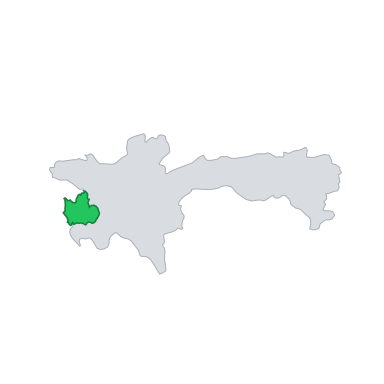 where Louang Namtha sits in Laos, rotated 305°
{"feature_id": "LAO-3272", "entity_name": "Louang Namtha", "entity_type": "Province", "adm_level": 1, "iso_a3": "LAO", "parent_name": "Laos", "parent_adm1": "", "projection": "mercator", "projection_center": [101.159, 20.926], "detail": "fine", "context": "in_parent", "style": "filled", "palette": "green", "viewbox_px": 384, "rotation_deg": 305, "n_neighbors": 0, "source": "natural_earth", "source_scale": "10m", "svg_char_len": 5371}
<svg xmlns="http://www.w3.org/2000/svg" viewBox="0 0 384 384"><g transform="rotate(305 192 192)"><path d="M141.4,65.4L143.0,68.4L150.5,76.4L151.8,78.5L154.5,80.2L156.8,87.3L157.7,87.7L159.0,87.2L159.9,86.2L160.7,83.5L161.2,83.2L162.1,85.5L164.2,86.1L165.1,87.1L165.3,88.8L165.0,90.6L163.3,94.6L162.2,100.0L169.5,111.5L172.6,113.1L179.9,115.0L184.8,117.5L187.1,116.9L189.3,114.1L191.9,112.5L196.8,110.0L198.3,109.9L201.0,110.8L205.4,113.7L212.1,119.1L211.9,120.5L210.7,121.9L207.1,124.0L205.9,125.4L206.6,125.9L209.6,126.3L213.2,127.5L214.3,128.9L214.9,132.1L215.5,132.7L218.8,132.3L219.8,132.7L221.0,133.8L222.1,136.4L222.1,138.4L218.8,141.9L218.4,144.0L216.8,146.5L212.3,150.6L211.1,150.9L202.8,148.6L196.3,148.9L195.7,149.8L196.8,152.3L197.2,154.8L196.1,156.7L192.4,159.2L192.2,160.2L193.0,161.3L198.5,163.6L216.0,175.5L224.0,177.8L227.5,179.3L228.4,180.2L228.4,181.2L227.4,182.5L226.7,184.9L226.6,186.3L227.5,187.6L228.9,189.6L233.8,194.2L237.4,195.2L241.1,200.4L242.2,204.9L244.1,207.9L253.2,217.6L260.7,223.6L265.3,230.1L267.5,231.5L268.1,233.9L268.7,240.7L271.4,244.0L271.9,245.4L273.0,246.4L274.3,246.6L277.0,244.4L277.5,244.7L278.7,248.3L279.8,249.6L283.8,251.8L288.1,256.1L290.3,257.7L293.2,258.9L293.6,260.3L293.1,261.6L292.2,262.5L287.2,265.0L286.6,266.1L289.8,271.6L298.1,278.4L300.6,282.5L300.1,284.4L297.8,288.4L296.1,289.5L295.6,290.7L296.9,293.9L296.8,298.9L295.2,300.1L293.7,303.1L292.7,303.4L290.2,302.2L284.9,307.5L282.7,307.2L280.0,310.1L276.6,310.5L274.3,308.3L269.2,304.8L267.4,302.7L265.9,304.6L263.2,306.3L259.5,305.7L258.5,308.3L257.7,308.8L253.2,309.2L252.4,309.7L253.1,312.1L255.8,316.1L256.6,318.4L254.9,322.2L250.2,322.1L248.1,320.6L245.5,317.3L239.5,315.2L235.5,316.7L234.3,316.6L231.2,313.9L230.1,312.2L229.4,309.6L234.0,307.5L236.3,305.8L237.9,304.1L238.5,302.3L239.2,294.8L239.9,292.1L239.5,288.9L238.3,286.3L238.3,282.4L238.9,279.3L240.7,277.8L241.9,275.5L242.6,270.5L242.1,269.2L240.4,267.9L237.5,266.8L235.7,265.3L234.9,263.5L235.0,261.9L235.9,260.6L233.7,259.1L228.4,257.4L225.5,255.4L224.9,253.1L222.7,250.0L219.0,246.2L217.0,240.7L216.8,233.6L217.2,227.8L218.9,221.1L216.7,216.2L214.2,213.6L210.9,211.7L207.7,209.0L204.6,205.5L201.0,200.3L196.7,193.3L193.9,190.2L192.4,191.0L189.4,190.3L184.7,188.3L180.6,187.2L177.1,187.1L174.8,187.5L173.8,188.6L173.7,189.6L174.6,190.7L174.1,191.5L172.3,192.0L170.8,193.2L169.2,195.7L168.0,199.1L166.3,200.3L163.6,200.6L161.0,201.6L158.4,203.2L157.2,204.4L157.3,205.2L156.7,205.4L155.5,205.0L154.9,203.9L154.9,202.1L153.6,201.0L150.9,200.4L147.8,198.5L142.0,193.7L140.6,193.5L138.7,194.8L136.2,197.4L134.1,198.5L132.5,198.0L131.2,198.9L130.3,201.4L128.7,203.3L120.8,208.4L113.7,215.1L111.9,215.7L107.6,213.8L106.2,212.5L112.2,198.9L113.0,195.6L112.8,191.2L110.3,187.6L110.2,186.5L110.6,185.4L113.7,181.1L117.1,170.2L117.0,166.8L115.4,163.1L114.6,159.5L115.2,154.7L115.0,152.8L113.3,151.8L107.9,150.9L104.8,151.7L103.3,153.0L101.5,153.8L98.1,154.3L94.9,152.6L92.2,149.8L91.5,146.4L94.9,139.1L95.7,136.2L95.6,134.9L95.0,133.5L94.2,133.3L92.5,131.6L90.8,128.5L89.2,127.1L87.7,127.4L86.4,128.5L84.1,131.4L83.4,131.0L85.4,120.9L87.3,116.5L89.5,114.5L91.8,113.6L94.3,114.0L96.4,113.6L98.0,112.5L97.9,111.9L95.9,111.8L95.1,110.6L95.5,108.4L96.4,107.0L97.8,106.4L99.1,104.2L100.3,100.4L101.9,98.5L103.7,98.5L106.8,96.9L111.2,93.7L112.9,90.6L114.6,92.0L113.9,95.6L114.8,96.3L115.2,97.6L115.0,99.6L115.4,101.3L116.0,102.1L117.0,102.5L121.7,101.1L124.5,101.0L129.2,103.6L132.0,101.6L132.0,100.9L129.7,98.5L130.4,89.5L130.1,82.6L126.3,77.5L125.5,75.5L125.1,72.2L124.0,69.3L126.8,67.0L128.2,62.8L130.2,61.8L130.8,61.9L133.1,65.1L136.1,63.5L138.4,63.5L140.3,64.4L141.4,65.4Z" fill="#d9dde1" stroke="#a8b0b8" stroke-width="1"/><path d="M113.5,91.1L113.9,91.1L114.3,91.6L114.3,92.5L113.7,95.1L113.8,95.7L114.0,95.9L114.9,96.3L115.4,96.7L115.5,96.7L115.7,96.9L115.3,97.8L114.9,98.5L115.2,98.9L115.2,99.0L115.2,99.5L114.9,100.6L115.2,101.0L115.7,101.8L115.9,102.2L116.4,102.6L116.8,102.8L117.3,102.8L117.9,102.5L119.3,101.5L119.9,101.3L123.2,100.7L123.8,100.7L124.4,100.8L125.4,101.1L125.6,101.2L125.7,101.3L125.8,101.6L125.8,101.9L125.6,102.2L125.5,102.5L125.7,102.8L126.1,102.8L127.2,102.3L127.8,102.3L128.2,102.7L128.7,103.7L129.2,104.0L129.6,104.0L130.1,103.9L130.7,103.8L131.0,103.5L131.0,103.2L131.4,103.8L131.0,106.2L130.6,107.3L129.9,108.2L128.8,108.7L127.7,109.2L126.8,110.1L126.7,111.3L127.0,111.7L126.9,112.2L125.6,112.2L125.2,112.4L124.0,112.7L122.7,113.9L121.7,115.9L120.7,116.5L123.4,117.4L123.8,118.2L124.8,119.0L125.0,119.5L125.3,121.9L124.5,124.3L124.0,125.0L123.5,125.5L123.0,126.2L122.0,128.0L119.7,129.1L116.9,129.3L115.4,129.2L115.5,129.5L114.6,129.3L112.6,129.8L110.8,129.3L110.2,129.1L109.1,128.2L109.0,127.4L109.0,126.4L108.5,125.3L107.9,124.3L107.1,123.7L105.0,124.0L104.0,123.6L103.8,122.0L103.8,120.7L103.1,119.3L102.8,118.6L102.4,118.0L101.7,117.5L101.2,116.9L100.7,115.6L99.7,114.7L98.4,114.3L97.6,113.2L98.1,112.7L98.9,112.0L98.9,111.8L98.0,111.6L95.5,112.1L94.9,111.7L95.0,111.1L95.3,109.8L95.3,109.2L96.0,108.6L96.1,108.4L96.1,108.2L95.7,107.3L96.3,107.1L97.6,106.8L98.1,106.5L98.4,106.0L99.9,103.3L100.8,99.5L100.9,99.1L100.9,98.8L101.0,98.6L101.3,98.5L101.6,98.5L101.9,98.5L102.1,98.6L102.3,98.8L102.9,99.0L103.5,98.9L104.6,98.5L104.9,98.2L105.9,97.2L106.3,97.1L109.0,95.6L113.0,92.3L113.4,92.1L113.5,91.7L113.5,91.1Z" fill="#22c55e" stroke="#15803d" stroke-width="1.5"/></g></svg>